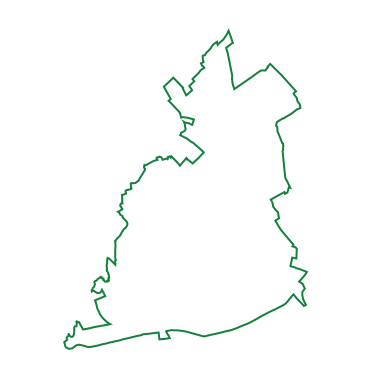 the district of Ruginoasa, Iasi, Romania, rotated 3°
{"feature_id": "2599482B22371739748147", "entity_name": "Ruginoasa", "entity_type": "district", "adm_level": 2, "iso_a3": "ROU", "parent_name": "Romania", "parent_adm1": "Iasi", "projection": "orthographic", "projection_center": [26.835, 47.264], "detail": "fine", "context": "isolated", "style": "outline", "palette": "green", "viewbox_px": 384, "rotation_deg": 3, "n_neighbors": 0, "source": "geoboundaries", "source_scale": "gbopen_adm2", "svg_char_len": 6003}
<svg xmlns="http://www.w3.org/2000/svg" viewBox="0 0 384 384"><g transform="rotate(3 192 192)"><path d="M99.2,287.2L99.9,289.1L99.3,291.3L98.8,292.2L97.9,293.1L97.7,294.0L97.0,295.5L97.1,296.0L97.2,296.5L97.9,296.0L99.0,295.8L99.5,296.0L102.1,297.6L103.6,298.0L105.5,297.4L106.0,296.9L106.4,296.3L107.2,294.4L110.8,300.5L100.8,305.3L101.6,307.0L102.3,309.0L102.9,311.1L103.5,313.1L104.1,314.3L106.8,319.4L108.9,322.0L110.5,323.5L113.5,326.0L116.2,327.8L117.1,328.2L114.4,329.0L114.1,328.9L113.8,329.1L100.7,332.2L99.0,332.8L96.1,333.6L90.4,335.0L87.0,329.6L86.2,328.1L85.8,327.8L84.4,327.7L84.1,327.3L83.5,327.3L83.3,327.7L83.8,329.1L83.6,332.2L82.2,332.3L81.8,332.7L81.5,333.5L81.4,334.0L81.6,335.4L81.8,338.7L81.3,341.0L81.1,341.7L80.5,342.5L79.9,343.0L78.6,342.9L77.9,342.4L76.8,341.1L76.4,340.3L76.2,340.3L76.2,341.8L75.9,342.3L74.8,343.4L74.5,344.0L74.5,344.5L74.6,345.1L75.1,346.1L72.3,348.6L72.9,350.3L73.3,352.2L74.4,353.8L76.7,354.9L78.4,354.9L80.5,354.4L82.2,353.2L83.3,352.0L84.7,351.1L86.1,350.5L88.3,350.5L93.4,351.5L96.2,352.3L99.4,351.9L106.9,350.0L109.8,348.9L114.2,347.8L118.0,346.5L121.5,345.7L121.8,345.5L129.0,343.5L129.3,343.1L136.3,341.2L141.1,339.7L145.0,338.6L148.7,337.7L150.0,336.9L152.9,336.2L155.8,335.9L165.3,334.2L166.0,334.1L167.2,340.9L171.3,340.3L176.0,339.4L177.4,339.0L176.4,337.0L173.6,333.1L173.6,332.4L173.7,332.2L178.9,331.0L180.0,331.1L185.6,330.9L193.7,331.7L210.6,335.5L211.7,335.6L221.3,332.8L225.2,331.8L235.2,328.7L235.2,328.8L238.6,327.8L242.9,326.0L250.7,322.2L253.9,320.8L256.7,319.3L261.5,316.5L267.5,312.6L274.1,308.6L280.1,305.3L280.6,305.2L289.8,299.8L291.8,298.1L297.1,290.9L298.7,288.9L302.1,292.7L307.8,297.9L309.7,300.0L311.7,298.7L311.0,297.6L309.8,295.6L308.5,292.9L307.5,289.1L307.5,286.0L309.7,282.6L307.5,278.2L307.0,277.8L303.7,275.9L308.9,269.3L310.9,265.9L309.5,265.3L303.3,263.3L300.3,262.6L298.3,261.8L294.2,260.9L295.5,252.3L299.7,252.9L299.6,243.2L298.3,241.8L295.2,241.0L296.2,239.4L290.7,233.7L282.9,225.3L281.9,224.0L276.7,216.3L280.4,213.5L279.8,212.1L279.5,210.3L278.9,207.7L276.7,205.8L273.9,202.5L273.7,202.1L273.3,199.9L272.8,198.1L271.1,195.5L273.8,193.7L284.3,187.2L285.0,188.9L287.3,187.6L288.4,182.5L289.9,182.7L287.0,177.3L284.7,173.5L284.4,172.6L283.6,168.1L280.3,146.3L280.8,145.2L280.6,142.6L280.9,141.5L280.3,138.8L279.6,138.5L276.1,130.9L274.2,127.1L273.9,123.3L273.5,122.2L272.8,122.0L272.5,120.9L273.0,118.2L273.4,117.5L278.8,113.8L279.6,113.8L281.3,112.5L287.2,108.6L291.7,104.7L293.0,103.7L295.8,102.5L295.6,100.7L295.0,98.9L294.7,98.3L293.4,97.0L292.4,95.3L291.7,92.8L291.2,91.9L289.2,89.7L288.4,88.5L288.4,88.1L290.6,86.0L275.7,71.0L263.4,60.0L261.1,62.7L261.3,62.9L261.3,63.5L260.7,64.3L260.4,64.4L259.0,66.8L256.7,66.9L255.8,66.8L254.2,67.3L250.8,69.8L245.2,74.4L228.9,87.0L226.8,81.5L226.1,77.3L226.0,76.5L226.1,75.0L226.1,74.2L225.5,71.4L224.6,68.1L222.5,59.4L221.2,54.6L220.1,50.6L218.6,46.3L219.0,45.9L221.0,44.1L221.8,43.5L223.4,42.1L224.3,41.4L225.0,41.1L222.5,34.7L220.1,29.1L218.4,33.1L217.2,35.1L215.6,37.6L214.5,38.9L211.8,41.5L209.9,43.7L209.1,40.7L205.2,43.8L203.2,47.4L200.7,50.5L199.6,51.5L197.6,54.6L197.4,54.8L196.4,55.0L195.6,55.5L195.6,57.0L195.9,58.8L196.7,61.7L194.2,63.1L195.5,65.4L196.1,65.6L196.9,66.2L197.8,67.4L194.5,69.7L194.1,70.2L192.8,72.3L186.6,79.1L188.5,81.2L183.8,86.3L186.8,90.4L181.5,95.5L181.1,95.8L177.3,88.9L177.7,88.4L174.6,85.5L174.1,85.2L174.1,84.9L171.4,82.7L170.3,81.5L167.4,78.8L158.4,88.3L159.3,89.8L165.7,99.9L165.8,100.2L163.9,102.1L166.2,104.2L175.6,113.2L175.8,113.5L177.3,118.3L178.6,117.7L180.3,117.8L184.5,118.2L190.1,119.5L188.7,124.9L187.8,124.7L185.5,123.5L183.7,123.4L182.9,123.1L181.8,123.2L180.3,122.4L180.6,122.9L181.3,125.0L181.7,127.3L182.3,129.1L182.3,129.9L181.9,130.7L181.2,131.6L180.4,132.1L178.5,133.1L178.0,133.6L177.9,134.2L177.9,134.9L177.2,135.8L184.8,139.3L186.7,140.5L186.8,140.8L189.2,142.3L190.2,142.6L191.4,143.3L192.1,144.1L194.0,145.6L198.5,149.1L201.7,151.8L201.1,152.6L198.6,155.4L197.2,157.2L195.8,158.7L193.1,161.3L191.2,163.5L185.8,159.6L185.4,159.7L185.3,159.4L185.4,159.2L184.7,158.3L178.5,166.4L177.0,164.5L169.6,157.4L168.8,157.5L168.7,158.7L167.6,157.7L166.0,158.5L166.0,159.0L166.2,159.7L166.2,160.0L166.0,160.4L165.9,160.5L165.0,159.8L161.0,161.4L159.7,159.2L158.0,158.3L154.8,159.7L155.8,161.8L152.4,162.8L144.6,167.5L144.2,167.4L143.5,168.2L143.0,167.8L142.9,168.1L142.9,168.5L142.7,169.7L142.8,170.0L143.4,170.9L143.8,171.1L143.8,172.5L138.9,181.5L138.4,183.1L137.9,183.6L137.3,184.0L135.1,185.9L134.2,186.2L132.5,186.3L131.2,186.2L130.4,186.7L130.4,187.2L130.7,188.1L130.7,190.2L131.3,191.5L131.3,192.0L130.4,192.5L127.1,193.4L125.9,193.9L125.6,194.1L125.6,194.3L125.7,195.2L126.1,196.5L126.2,197.0L125.4,197.2L124.6,197.9L122.3,198.6L122.7,202.3L122.7,205.1L123.2,206.8L122.8,207.1L121.5,207.4L121.4,207.6L121.0,209.2L121.1,209.6L121.3,210.0L121.8,210.4L122.2,211.1L123.2,212.2L122.7,212.8L123.0,213.2L119.1,215.7L120.0,216.3L120.5,216.5L121.3,218.1L122.0,218.7L122.6,218.9L123.9,219.8L124.2,221.1L127.2,223.9L128.8,225.7L129.2,227.3L129.1,228.4L128.1,230.5L126.8,232.0L125.8,232.7L124.8,234.7L124.3,235.3L124.1,235.8L122.3,239.5L119.9,242.1L119.2,243.1L117.7,244.9L118.2,245.2L118.0,246.9L118.4,249.4L118.4,255.1L118.7,259.3L118.7,261.4L119.1,263.1L119.5,264.0L118.9,264.5L118.9,265.4L119.0,266.5L119.2,267.2L119.2,268.6L113.7,263.6L112.6,262.8L111.2,262.2L110.9,263.0L110.9,266.9L111.0,267.5L110.5,269.9L110.7,270.4L110.9,271.4L110.8,271.8L111.2,273.0L111.0,273.6L111.1,274.0L110.9,274.4L111.1,275.1L112.7,277.2L112.6,277.6L112.7,278.3L113.3,279.1L113.3,279.9L113.8,281.4L113.7,281.8L113.3,282.0L113.0,282.3L112.9,282.5L113.5,283.6L113.6,284.2L113.5,285.2L113.3,285.5L112.8,285.7L112.3,285.0L112.1,284.9L111.6,285.4L111.4,285.9L111.0,286.1L110.0,286.1L109.6,285.9L109.4,285.8L108.6,284.6L108.1,284.6L108.0,284.1L108.0,283.0L106.6,282.9L106.2,282.6L106.2,281.9L105.6,281.4L105.4,281.4L102.2,284.1L102.1,284.3L102.0,284.7L101.6,285.1L99.7,286.2L99.2,287.2Z" fill="none" stroke="#15803d" stroke-width="2"/></g></svg>